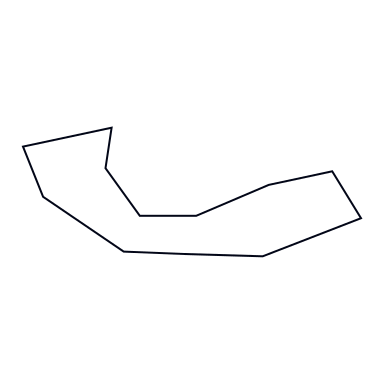 an SVG outline of Southampton
{"feature_id": "BMU-5143", "entity_name": "Southampton", "entity_type": "state/province", "adm_level": 1, "iso_a3": "BMU", "parent_name": "Bermuda", "parent_adm1": "", "projection": "albers", "projection_center": [-64.851, 32.259], "detail": "fine", "context": "isolated", "style": "outline", "palette": "ink", "viewbox_px": 384, "rotation_deg": 0, "n_neighbors": 0, "source": "natural_earth", "source_scale": "10m", "svg_char_len": 281}
<svg xmlns="http://www.w3.org/2000/svg" viewBox="0 0 384 384"><path d="M111.6,127.7L105.5,168.2L139.8,215.8L196.2,215.8L268.7,184.9L332.2,171.3L361.0,218.2L262.7,256.3L184.1,254.0L123.7,251.6L43.1,196.8L23.0,146.6L111.6,127.7Z" fill="none" stroke="#020617" stroke-width="2"/></svg>